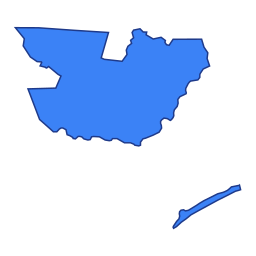 the district of Hyde, North Carolina, United States of America
{"feature_id": "52423323B51150866941712", "entity_name": "Hyde", "entity_type": "district", "adm_level": 2, "iso_a3": "USA", "parent_name": "United States of America", "parent_adm1": "North Carolina", "projection": "albers", "projection_center": [-76.165, 35.384], "detail": "fine", "context": "isolated", "style": "filled", "palette": "blue", "viewbox_px": 256, "rotation_deg": 0, "n_neighbors": 0, "source": "geoboundaries", "source_scale": "gbopen_adm2", "svg_char_len": 1877}
<svg xmlns="http://www.w3.org/2000/svg" viewBox="0 0 256 256"><path d="M15.4,27.7L24.3,38.7L23.2,45.9L30.4,57.0L37.1,61.6L41.2,61.9L41.3,61.9L41.4,62.0L41.5,62.1L41.6,62.3L41.7,62.5L40.1,65.9L45.2,67.2L45.9,67.8L46.0,67.8L46.7,68.0L46.9,67.8L48.6,66.5L58.1,74.4L61.0,76.0L55.8,88.1L28.0,88.9L39.6,119.5L50.0,128.7L53.4,131.8L56.8,131.8L59.4,129.0L61.1,128.0L62.8,128.0L66.0,129.7L67.1,134.7L69.9,135.7L72.8,137.5L73.1,138.5L75.4,138.9L78.2,136.4L79.7,136.4L81.7,136.8L83.9,138.9L87.9,140.0L90.2,139.6L91.6,136.8L93.6,136.5L99.4,136.8L105.1,140.0L109.3,140.7L111.3,140.3L112.5,138.6L117.1,138.6L124.5,142.8L130.5,142.8L133.9,144.2L134.8,145.2L138.8,145.9L140.5,145.2L140.5,142.1L143.0,138.8L145.5,138.2L153.2,135.1L159.2,132.1L161.6,128.1L161.3,125.3L160.6,123.5L160.6,121.4L161.6,119.9L164.0,118.1L167.3,118.6L170.3,120.4L171.4,119.7L173.0,117.7L173.8,115.8L173.6,112.8L174.3,109.9L177.2,106.4L178.1,103.2L177.8,99.5L179.9,96.7L186.1,93.7L186.3,92.9L185.6,90.4L185.8,88.3L188.2,83.6L189.3,82.2L190.5,81.1L197.9,79.9L199.8,77.4L199.8,74.6L200.3,73.4L203.2,69.0L209.6,66.0L207.1,58.5L207.8,52.8L204.0,47.2L201.6,39.2L173.1,39.3L169.1,45.3L166.5,44.7L164.9,42.3L165.4,40.5L161.1,37.3L153.2,39.0L146.1,34.8L146.7,32.1L143.2,32.0L140.0,28.8L133.6,30.1L132.1,32.5L133.6,37.8L130.6,40.3L131.6,43.4L127.9,46.3L126.3,50.1L127.0,54.5L122.1,61.3L104.2,59.3L101.2,57.9L108.5,32.5L73.9,30.3L38.6,27.8L15.6,27.7L15.4,27.7ZM239.5,185.2L239.4,185.3L231.4,186.9L229.5,188.7L227.4,190.4L224.5,191.8L222.9,192.4L217.7,193.8L203.9,200.7L199.7,203.2L196.3,205.5L188.4,210.3L185.4,210.9L183.6,209.8L181.0,210.2L179.6,211.7L179.3,213.8L179.7,216.1L179.0,218.8L176.7,221.3L173.5,226.1L173.1,227.2L173.6,228.3L176.5,226.6L181.3,222.2L186.1,218.8L191.0,214.8L199.1,210.3L217.5,200.3L230.4,193.8L235.5,191.2L238.5,190.4L240.6,189.7L239.5,185.2Z" fill="#3b82f6" stroke="#1e3a8a" stroke-width="1.5"/></svg>